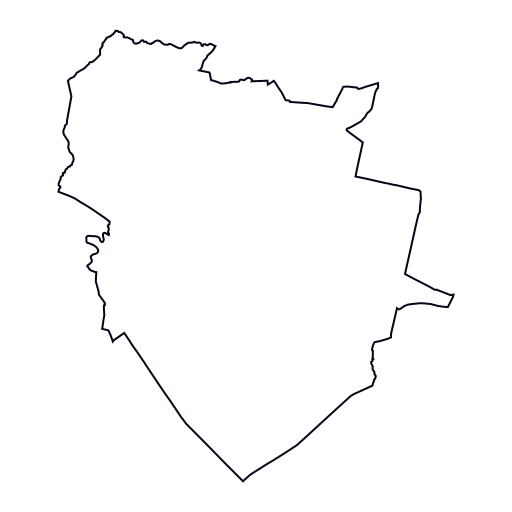 Tezontepec de Aldama, Hidalgo, Mexico (orthographic projection)
{"feature_id": "50627088B81234283975343", "entity_name": "Tezontepec de Aldama", "entity_type": "district", "adm_level": 2, "iso_a3": "MEX", "parent_name": "Mexico", "parent_adm1": "Hidalgo", "projection": "orthographic", "projection_center": [-99.302, 20.174], "detail": "fine", "context": "isolated", "style": "outline", "palette": "ink", "viewbox_px": 512, "rotation_deg": 0, "n_neighbors": 0, "source": "geoboundaries", "source_scale": "gbopen_adm2", "svg_char_len": 5782}
<svg xmlns="http://www.w3.org/2000/svg" viewBox="0 0 512 512"><path d="M215.5,46.1L213.6,45.4L211.4,44.1L210.7,43.9L209.8,43.9L209.2,44.2L207.8,45.1L207.2,45.2L206.2,45.0L205.1,44.1L204.2,44.2L203.6,44.4L203.2,44.9L202.8,46.0L202.6,46.1L202.2,46.0L201.6,45.6L201.2,44.1L200.9,43.5L200.3,43.0L199.4,42.7L197.7,42.6L196.7,42.7L196.1,42.6L195.0,42.2L194.6,41.9L194.0,41.9L193.4,42.3L192.0,42.6L189.0,42.7L187.9,43.0L185.6,44.5L183.7,46.0L182.6,47.3L181.3,48.2L180.0,48.3L178.3,47.9L175.8,46.8L172.9,45.2L170.2,44.0L168.6,44.1L167.8,44.8L167.1,44.8L165.9,44.6L164.3,44.5L161.9,43.0L160.6,41.6L159.6,41.0L158.0,40.5L156.8,40.6L155.1,41.2L152.9,42.8L152.8,43.1L151.9,43.2L151.1,44.0L150.6,44.0L148.2,43.3L147.2,43.1L147.0,42.9L146.6,42.0L146.2,41.7L145.6,41.7L144.1,41.9L143.7,41.4L143.3,40.5L142.0,40.3L141.4,40.6L139.5,42.5L138.8,42.9L137.9,43.0L137.4,43.5L135.7,43.7L134.5,43.3L133.6,42.5L133.3,42.1L133.1,40.3L132.6,39.7L132.3,39.6L131.5,39.5L131.0,39.2L129.8,38.5L127.7,37.5L124.2,37.3L123.7,37.1L123.7,35.9L123.9,35.3L122.9,34.1L121.2,32.5L120.2,32.1L118.5,31.9L118.3,31.7L118.1,31.1L117.9,30.9L116.8,31.0L115.6,30.7L115.2,31.1L114.9,32.2L114.0,33.1L113.6,33.3L113.1,34.4L112.3,34.5L110.8,36.1L109.7,36.3L108.9,37.1L107.5,37.3L106.8,37.7L106.3,38.2L106.3,38.9L105.7,39.4L104.7,40.7L104.0,42.0L102.8,42.8L102.5,43.4L102.7,44.6L102.3,45.0L102.3,45.6L102.5,46.1L100.3,49.2L99.9,50.2L100.2,53.1L99.9,54.9L95.4,59.5L92.9,61.5L91.8,62.1L90.8,62.1L89.8,62.3L89.1,63.2L88.9,64.1L87.4,65.3L84.9,67.9L82.6,69.4L80.8,70.3L78.5,71.8L76.9,72.6L75.2,75.2L73.8,76.8L71.6,77.9L70.1,78.6L67.9,80.8L71.4,96.4L67.1,120.1L66.8,123.6L66.1,124.7L65.2,125.3L64.8,126.0L64.9,127.0L63.4,130.3L63.4,133.0L64.1,134.9L68.3,141.3L68.7,143.0L68.6,145.1L68.2,147.4L69.2,150.5L69.8,152.0L72.9,155.3L73.5,158.1L73.6,159.3L73.4,160.8L72.4,162.6L72.0,164.5L71.8,164.9L71.1,165.1L70.5,165.4L70.3,166.0L69.8,166.6L68.3,166.8L67.8,167.2L67.2,168.5L66.8,168.8L65.8,169.3L65.6,170.0L65.2,170.8L64.8,172.4L64.5,172.8L63.4,172.7L62.9,173.0L62.7,173.8L63.0,174.8L63.0,175.4L61.6,176.3L60.8,176.9L60.6,177.5L60.7,178.5L60.5,179.5L59.8,180.7L58.6,183.8L58.6,185.0L59.0,185.6L60.3,186.6L60.3,187.7L59.6,188.4L58.9,189.4L58.5,191.8L69.0,195.8L74.2,198.1L82.4,203.3L82.5,203.2L91.9,209.0L104.6,217.8L109.6,221.6L109.5,224.0L108.0,225.4L107.7,226.6L107.8,226.8L108.5,227.1L108.7,228.0L108.8,229.3L108.0,232.2L108.8,233.3L108.9,234.0L108.8,235.0L107.4,234.3L105.0,232.9L104.0,232.9L103.6,233.1L103.3,233.4L103.0,233.9L103.0,236.3L103.8,239.1L103.6,240.3L102.9,241.8L102.4,242.0L101.5,241.9L100.9,241.4L100.5,240.9L100.2,240.3L100.0,239.4L99.1,237.7L98.3,237.1L96.2,236.4L93.9,236.1L92.2,236.2L89.8,235.8L87.3,236.2L86.8,236.5L86.5,237.0L86.3,237.7L86.5,241.5L86.7,242.1L87.3,242.8L88.6,243.1L92.8,244.8L94.1,245.5L96.3,247.1L97.6,248.7L98.2,250.5L98.1,251.6L97.4,252.8L96.2,253.5L92.5,254.7L91.4,255.7L90.8,256.6L90.8,257.3L91.3,259.0L91.8,260.0L91.9,260.9L91.7,261.8L90.2,263.5L87.8,265.2L87.2,266.1L90.3,270.2L94.8,271.9L96.4,272.2L96.2,273.3L95.8,281.4L98.6,291.5L98.8,293.4L99.1,294.9L104.8,302.8L104.9,303.4L104.7,303.8L104.4,304.2L105.0,305.0L103.9,305.8L103.9,308.9L104.3,315.4L103.5,319.7L102.2,328.9L108.2,330.3L108.6,330.8L110.2,334.2L111.9,338.7L112.8,341.6L114.0,340.1L124.2,332.9L129.2,340.3L132.6,345.7L137.8,352.9L142.5,359.9L144.7,363.0L145.2,364.0L158.9,384.5L165.0,393.5L170.4,401.1L181.2,417.2L184.8,421.9L186.0,423.6L209.2,447.0L224.8,463.0L243.1,481.3L244.2,480.1L245.5,479.0L248.4,476.3L251.7,473.7L267.2,463.9L272.2,461.0L285.5,452.6L296.7,445.3L307.1,435.9L328.5,416.2L350.9,395.8L354.7,393.7L372.5,385.6L373.0,383.3L373.7,381.7L374.2,379.7L374.7,379.3L375.2,378.6L375.3,377.6L375.6,377.3L375.7,376.4L375.6,375.6L374.8,374.8L374.5,374.1L374.5,372.5L373.8,371.1L372.7,369.7L372.6,366.0L372.0,365.1L371.4,363.6L371.1,362.4L371.1,362.0L371.3,361.7L372.2,361.2L372.5,360.9L372.6,360.5L372.5,359.8L372.8,358.7L372.4,358.6L372.5,358.4L373.1,358.5L372.7,357.7L372.9,350.9L372.5,350.8L372.0,349.7L372.0,349.3L372.8,346.2L373.9,343.1L374.3,342.5L374.7,342.2L377.2,341.6L379.9,341.1L388.3,338.6L391.0,337.4L391.0,335.0L391.2,333.1L397.0,308.2L397.8,308.9L398.5,309.2L399.3,309.3L399.8,309.2L402.5,307.4L403.8,306.3L407.6,304.7L412.0,304.0L420.2,303.2L426.0,303.5L428.3,303.9L430.1,303.9L437.8,305.9L442.3,306.6L447.8,307.1L452.9,297.1L453.5,294.6L450.5,295.1L436.4,289.6L435.7,289.8L434.6,289.7L430.1,287.1L413.6,278.6L405.7,274.4L405.0,273.9L413.9,234.3L415.0,229.2L418.2,215.4L418.8,213.8L419.8,212.4L419.8,210.9L420.2,204.7L420.9,198.8L420.5,191.6L418.6,190.1L410.3,188.5L398.2,185.6L395.8,185.1L393.5,184.8L388.5,183.6L385.0,183.0L366.2,178.7L355.5,176.5L357.5,166.7L362.8,142.4L349.1,132.3L347.4,130.9L346.7,130.2L346.6,129.7L346.7,129.1L347.4,128.5L349.6,127.8L350.6,127.3L361.0,121.4L365.3,116.6L366.8,113.9L367.5,112.9L369.5,111.3L370.2,110.5L370.9,109.6L371.6,108.6L372.2,106.7L375.0,93.2L376.1,90.4L377.5,88.3L377.9,88.2L378.1,85.6L378.0,83.1L365.3,86.9L361.1,88.4L358.6,89.0L357.3,88.3L357.1,87.7L356.9,87.5L355.9,87.3L355.0,87.4L348.6,86.6L344.1,86.7L343.2,86.9L341.7,90.1L337.0,99.1L337.0,99.8L332.7,107.1L327.3,106.5L307.2,103.0L303.7,102.9L289.9,101.9L289.5,100.6L285.6,100.2L281.7,92.5L278.2,87.4L275.4,82.8L273.8,80.8L270.9,82.8L267.8,84.6L267.5,80.7L251.7,81.3L252.1,80.5L252.1,79.7L250.5,78.5L249.4,77.9L248.6,77.8L247.9,77.8L246.6,78.5L245.2,79.4L244.6,80.1L243.9,80.2L242.5,79.8L240.6,79.6L240.0,79.9L239.6,80.4L239.4,81.1L239.1,81.4L238.3,81.7L230.4,82.0L230.4,82.6L228.4,82.7L226.0,83.2L223.3,83.5L222.0,83.5L220.6,83.4L218.0,82.2L213.1,80.6L211.1,80.2L209.5,72.5L199.2,70.4L200.1,69.7L201.3,68.2L202.1,66.3L202.7,63.8L203.7,61.0L204.6,60.0L205.3,59.4L206.4,57.9L207.1,56.6L207.1,56.2L207.6,55.4L210.8,52.7L213.0,50.2L214.1,48.5L215.5,46.1Z" fill="none" stroke="#020617" stroke-width="2"/></svg>